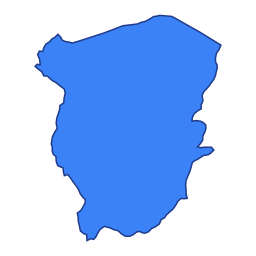 outline of Petrolândia, Santa Catarina, Brazil
{"feature_id": "56859067B13644599317912", "entity_name": "Petrolândia", "entity_type": "district", "adm_level": 2, "iso_a3": "BRA", "parent_name": "Brazil", "parent_adm1": "Santa Catarina", "projection": "natural_earth1", "projection_center": [-49.688, -27.554], "detail": "fine", "context": "isolated", "style": "filled", "palette": "blue", "viewbox_px": 256, "rotation_deg": 0, "n_neighbors": 0, "source": "geoboundaries", "source_scale": "gbopen_adm2", "svg_char_len": 2056}
<svg xmlns="http://www.w3.org/2000/svg" viewBox="0 0 256 256"><path d="M56.0,156.7L56.2,161.4L57.7,165.6L60.5,166.9L63.1,168.0L63.4,171.7L64.4,175.7L67.7,174.5L70.3,177.6L73.0,181.8L76.1,185.7L78.6,189.8L80.3,193.9L82.8,197.2L85.3,199.6L85.1,203.0L83.4,206.1L80.9,210.5L77.3,213.1L78.2,217.3L78.2,220.6L79.5,226.3L80.4,231.0L84.0,233.8L86.7,234.8L87.0,240.6L90.8,238.7L93.7,239.4L95.8,237.0L97.8,233.1L99.5,230.3L101.6,228.3L104.5,226.4L107.3,227.2L110.2,227.9L113.6,229.6L118.2,230.8L121.5,233.9L125.3,236.2L129.7,236.3L133.3,234.6L136.8,231.9L140.0,231.5L142.5,232.9L145.2,233.1L148.6,231.7L151.5,228.6L155.5,226.7L159.4,223.9L161.1,219.6L164.5,217.8L166.3,215.0L169.5,212.1L172.8,209.3L175.3,205.9L178.0,201.1L181.0,198.5L183.9,198.7L187.2,198.4L186.1,194.2L186.1,190.3L185.6,186.0L186.0,180.7L188.0,175.7L189.8,171.6L191.1,167.3L192.3,162.6L194.5,160.8L197.5,159.4L200.1,157.7L203.5,155.5L208.0,154.8L210.9,153.0L213.9,150.1L211.4,147.2L205.3,147.2L201.0,147.6L197.5,147.0L200.8,143.2L202.7,140.0L202.8,136.2L204.9,131.9L206.0,128.1L205.6,124.7L203.3,122.6L200.5,121.2L196.2,120.6L192.0,121.1L192.3,117.7L194.1,113.8L197.4,111.0L201.2,108.9L201.2,105.0L203.0,100.5L202.1,95.4L204.2,91.2L206.5,88.9L209.2,85.8L211.6,82.3L213.6,79.7L215.4,75.8L216.1,72.5L217.1,68.4L217.1,64.9L215.5,62.0L215.5,58.1L216.4,53.4L219.1,49.5L220.9,45.1L200.9,32.8L183.3,22.8L179.2,20.5L174.8,18.0L171.7,16.4L159.9,15.4L156.9,16.1L153.5,16.6L150.4,18.6L147.5,20.3L144.6,21.6L141.0,22.4L137.8,23.9L128.4,25.1L123.0,25.7L103.9,33.0L79.8,40.8L72.2,43.1L68.8,42.0L65.5,41.6L62.2,40.1L60.6,37.0L58.0,34.3L55.2,37.0L52.0,38.9L49.2,42.0L45.9,44.1L43.8,47.7L42.6,51.6L39.5,51.1L37.6,54.5L39.6,59.3L40.2,64.8L37.1,64.3L35.1,66.4L38.0,68.9L41.8,71.8L43.9,76.0L47.2,76.0L49.8,78.4L52.6,80.8L55.9,82.5L58.3,84.5L60.8,86.5L64.0,88.7L65.3,92.9L64.1,98.1L63.7,102.9L59.9,105.5L59.6,109.5L58.6,112.7L57.3,116.5L56.5,119.9L56.2,123.5L57.2,128.3L54.6,132.4L52.4,136.8L51.8,140.6L51.3,144.1L52.3,147.1L52.2,150.8L53.2,154.2L56.0,156.7Z" fill="#3b82f6" stroke="#1e3a8a" stroke-width="1.5"/></svg>